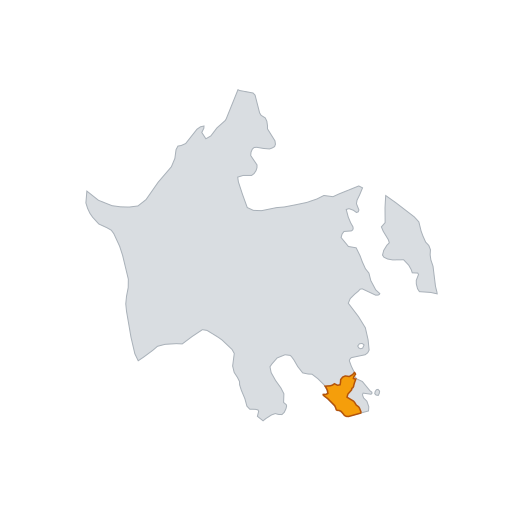 Ağstafa highlighted on a map of Azerbaijan, rotated 204°
{"feature_id": "AZE-1676", "entity_name": "Ağstafa", "entity_type": "District", "adm_level": 1, "iso_a3": "AZE", "parent_name": "Azerbaijan", "parent_adm1": "", "projection": "mercator", "projection_center": [45.457, 41.201], "detail": "fine", "context": "in_parent", "style": "filled", "palette": "amber", "viewbox_px": 512, "rotation_deg": 204, "n_neighbors": 0, "source": "natural_earth", "source_scale": "10m", "svg_char_len": 4150}
<svg xmlns="http://www.w3.org/2000/svg" viewBox="0 0 512 512"><g transform="rotate(204 256 256)"><path d="M340.1,400.6L338.3,400.5L325.0,403.7L322.3,402.6L310.9,388.2L308.6,386.6L303.7,385.9L300.9,383.5L298.5,379.7L297.2,376.8L285.5,368.9L283.7,366.0L283.5,363.5L285.2,361.2L287.2,359.3L292.9,357.3L299.6,355.6L301.8,354.4L302.8,352.3L302.8,348.9L301.7,345.6L292.1,339.6L291.0,337.0L290.7,333.8L291.3,330.5L292.8,327.8L300.6,324.3L304.8,320.6L302.2,316.5L293.7,307.1L283.7,296.7L277.0,296.6L269.3,299.7L257.0,308.5L250.1,312.3L241.2,318.5L231.5,325.5L223.6,332.8L218.6,338.9L209.8,341.5L205.3,346.6L190.6,361.8L186.4,361.6L186.2,354.1L186.4,348.1L185.5,344.6L180.7,339.9L180.6,337.9L181.9,336.6L185.6,337.4L190.3,337.1L192.5,335.2L187.5,329.0L183.0,324.8L179.2,322.0L178.3,320.3L178.3,319.1L179.1,317.7L185.6,314.2L186.3,311.1L185.8,307.5L175.5,302.3L167.8,304.2L160.9,298.4L156.4,293.8L150.9,288.9L145.9,286.3L141.1,280.2L132.9,273.8L127.6,272.0L127.7,271.1L128.6,269.9L130.8,268.9L145.6,269.2L147.4,268.0L148.3,265.3L150.3,261.3L152.6,255.4L152.5,250.4L137.7,242.3L126.9,234.9L119.5,225.0L114.4,216.1L114.6,213.0L116.1,210.2L127.6,201.9L128.3,199.7L128.1,198.2L124.0,194.0L118.8,189.6L117.2,186.4L114.0,184.7L107.8,184.6L97.0,179.2L94.7,178.7L94.2,177.6L94.7,176.5L102.4,174.3L102.3,172.5L100.0,170.1L95.6,168.4L91.6,164.1L90.2,160.2L104.2,148.8L108.3,146.5L117.4,148.6L136.4,156.2L135.1,160.3L137.0,162.7L141.3,165.9L149.7,169.1L156.8,170.8L160.3,169.4L165.8,168.2L172.8,171.9L179.3,176.6L182.6,178.5L184.3,179.1L189.3,177.6L195.2,171.5L197.5,164.1L198.2,160.5L194.7,155.6L187.6,150.3L179.6,145.6L174.5,141.5L171.2,133.4L167.9,132.5L167.0,131.4L166.5,128.6L166.6,124.7L167.8,121.7L171.0,120.4L174.3,119.9L177.2,117.1L180.9,111.5L182.5,108.3L189.5,110.1L190.4,115.2L191.7,116.2L194.5,115.6L199.3,113.5L203.2,115.1L208.1,121.1L214.9,127.5L218.6,131.7L220.0,134.6L223.5,137.5L228.6,140.8L232.6,146.0L236.2,158.1L239.9,160.9L253.0,165.5L257.6,166.4L270.5,168.1L275.0,166.9L281.6,156.5L287.6,145.7L293.2,143.5L303.2,138.3L309.3,133.4L311.8,128.1L317.5,118.0L321.0,112.4L326.9,117.4L337.2,131.0L351.9,153.0L355.5,159.3L357.9,166.5L359.9,175.2L363.2,182.9L378.1,202.3L384.5,209.4L395.0,218.6L398.7,220.7L403.6,221.2L412.6,221.3L420.9,224.9L425.0,227.4L429.2,231.0L433.0,235.3L436.9,246.5L422.5,242.8L408.0,243.4L399.8,245.8L391.8,249.1L384.2,253.7L379.4,262.8L375.4,283.6L369.6,303.1L369.8,312.1L372.3,320.7L372.0,324.7L369.3,326.5L366.0,330.1L361.5,347.8L359.3,351.4L356.4,353.6L355.6,351.5L355.8,346.8L349.5,342.7L346.1,347.3L343.8,357.1L339.2,367.3L339.0,369.2L340.1,400.6ZM125.8,217.9L126.5,215.1L124.6,213.8L122.7,213.8L121.1,215.2L121.1,218.7L123.4,219.3L125.8,217.9ZM78.3,299.5L76.1,296.7L75.1,295.1L81.5,293.8L92.2,289.9L95.1,291.8L98.2,295.7L99.7,299.0L100.0,305.2L101.3,306.2L106.4,304.2L108.7,306.7L112.7,309.7L119.6,312.6L129.6,308.0L134.5,306.8L138.6,306.9L140.8,308.3L141.6,313.1L140.8,319.1L139.6,322.3L141.7,324.7L149.9,330.4L153.3,333.6L151.6,339.0L157.7,352.4L159.7,357.6L162.1,364.0L149.7,361.5L127.3,356.1L121.1,353.4L115.3,345.9L111.8,342.3L106.7,337.7L102.4,335.9L99.2,332.7L97.4,327.9L94.7,323.6L90.1,318.6L79.7,301.3L78.3,299.5ZM91.6,182.8L90.3,183.8L88.1,182.8L87.5,180.6L87.6,178.4L89.8,177.8L91.5,178.5L92.0,180.5L91.6,182.8Z" fill="#d9dde1" stroke="#a8b0b8" stroke-width="1"/><path d="M118.7,189.6L117.8,189.3L117.0,188.5L117.6,185.7L117.2,183.7L115.4,183.9L114.8,184.2L114.7,183.5L114.5,180.5L114.1,177.6L113.8,176.5L113.9,175.2L114.2,174.7L114.6,174.0L114.4,173.4L114.2,172.7L115.9,167.2L115.6,165.1L115.5,164.1L115.2,164.0L107.9,163.1L106.4,162.4L103.8,160.6L101.0,160.0L99.7,159.2L96.7,156.3L96.5,155.7L96.4,155.1L106.2,147.0L108.3,146.2L110.4,146.3L111.6,147.0L114.8,148.6L115.8,148.8L117.1,148.7L119.2,148.0L120.2,148.2L121.1,149.3L123.2,151.3L132.5,154.9L136.7,155.8L138.2,156.4L138.3,156.9L137.4,157.4L135.9,157.9L134.4,159.7L136.0,162.2L138.7,164.5L139.9,165.2L137.9,166.3L135.4,167.6L133.7,169.1L132.4,171.2L128.8,171.1L126.8,172.6L127.5,175.2L128.4,177.6L127.6,180.6L125.7,182.7L123.7,183.3L121.8,183.8L120.7,185.3L119.5,187.0L118.7,189.6L118.7,189.6Z" fill="#f59e0b" stroke="#b45309" stroke-width="1.5"/></g></svg>